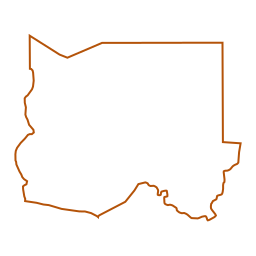 SVG path tracing the border of Oshikoto
{"feature_id": "NAM-3355", "entity_name": "Oshikoto", "entity_type": "Region", "adm_level": 1, "iso_a3": "NAM", "parent_name": "Namibia", "parent_adm1": "", "projection": "orthographic", "projection_center": [17.144, -18.609], "detail": "fine", "context": "isolated", "style": "outline", "palette": "amber", "viewbox_px": 256, "rotation_deg": 0, "n_neighbors": 0, "source": "natural_earth", "source_scale": "10m", "svg_char_len": 2119}
<svg xmlns="http://www.w3.org/2000/svg" viewBox="0 0 256 256"><path d="M98.0,216.9L98.0,217.0L96.9,216.1L91.1,213.1L85.1,211.5L79.3,211.4L61.6,208.9L48.8,205.1L43.4,204.5L36.6,202.8L25.1,201.1L25.2,198.8L24.3,196.4L23.1,189.2L23.0,186.4L24.5,185.2L26.4,184.3L27.1,181.2L24.0,179.1L22.3,177.1L21.3,174.5L19.5,171.5L16.4,164.5L16.1,161.8L15.5,160.5L15.4,154.2L15.8,150.9L17.1,147.8L20.7,142.9L24.9,138.6L27.9,134.9L29.8,134.1L31.9,134.1L33.8,132.5L33.4,129.8L29.1,124.8L27.5,119.6L26.2,117.2L25.4,114.6L25.9,107.3L24.8,102.8L24.7,98.3L25.9,96.6L27.6,95.4L32.0,89.3L33.0,86.6L33.7,80.7L33.1,72.6L32.6,70.5L31.2,69.0L29.9,68.8L29.7,35.7L59.6,54.6L67.4,57.7L102.0,42.9L222.5,42.7L222.9,142.1L240.6,143.3L239.1,152.1L238.3,162.6L237.3,163.8L234.4,165.1L232.7,166.3L230.3,169.2L228.6,170.2L227.0,170.7L225.6,170.7L224.5,170.9L223.8,171.3L223.7,172.3L224.5,179.2L224.5,180.6L224.4,182.0L223.6,182.8L223.3,183.9L223.1,185.2L223.1,188.8L222.7,191.8L222.2,193.6L221.6,194.4L220.6,194.8L219.4,195.1L218.2,195.4L217.2,195.9L216.9,197.0L216.7,198.2L216.3,199.3L212.9,201.1L212.2,202.4L211.8,203.1L211.2,203.8L210.9,206.0L210.9,207.4L211.1,208.6L212.0,210.0L215.3,214.2L215.9,215.5L215.2,216.4L214.2,217.2L209.7,219.7L208.5,220.2L207.7,220.3L207.2,219.5L206.6,217.6L206.2,216.8L205.6,216.2L204.4,216.2L202.0,216.7L199.0,218.0L197.7,218.4L191.7,218.1L191.3,217.9L190.8,217.6L187.4,214.6L185.9,213.7L184.2,213.0L181.8,213.2L180.4,212.8L179.2,212.3L177.4,210.9L176.8,210.1L176.6,208.5L176.3,207.9L175.7,207.5L172.5,205.4L171.3,205.0L170.0,204.7L167.9,205.1L166.6,204.7L165.5,204.2L164.8,203.6L164.5,203.0L164.4,202.1L164.2,198.0L164.3,197.2L164.8,196.9L166.5,196.6L167.3,196.3L167.4,195.6L167.4,194.6L166.9,191.5L166.7,190.8L166.1,190.6L164.0,190.9L161.6,191.6L161.2,192.2L160.9,193.1L160.9,194.0L160.7,194.8L160.2,195.1L159.4,195.2L158.5,195.1L157.8,194.8L157.7,194.1L158.1,191.2L158.1,190.2L157.8,189.5L156.6,187.4L155.3,186.5L153.7,185.8L150.5,186.0L149.1,185.4L148.2,184.5L147.8,183.5L146.6,182.8L145.3,182.4L138.4,184.1L134.4,190.5L125.3,201.8L99.3,215.3L98.5,216.0L98.0,216.9Z" fill="none" stroke="#b45309" stroke-width="2"/></svg>